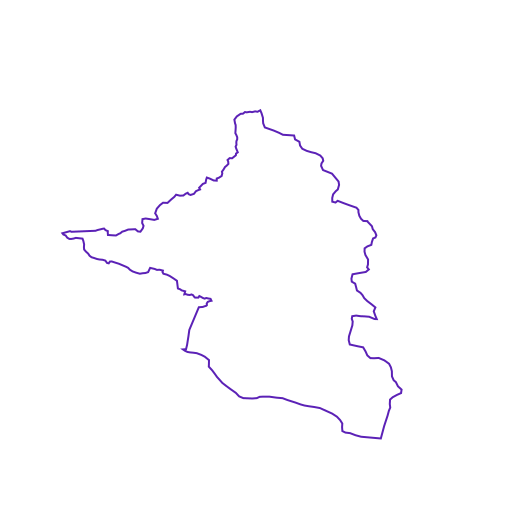 outline of Kemaman, Terengganu, Malaysia, rotated 113°
{"feature_id": "92858781B85628090125570", "entity_name": "Kemaman", "entity_type": "district", "adm_level": 2, "iso_a3": "MYS", "parent_name": "Malaysia", "parent_adm1": "Terengganu", "projection": "natural_earth1", "projection_center": [103.21, 4.239], "detail": "fine", "context": "isolated", "style": "outline", "palette": "violet", "viewbox_px": 512, "rotation_deg": 113, "n_neighbors": 0, "source": "geoboundaries", "source_scale": "gbopen_adm2", "svg_char_len": 4249}
<svg xmlns="http://www.w3.org/2000/svg" viewBox="0 0 512 512"><g transform="rotate(113 256 256)"><path d="M180.4,167.1L181.8,170.9L180.7,173.9L178.6,176.6L175.7,178.8L173.6,179.7L172.3,182.4L172.8,190.0L173.1,195.8L173.3,202.4L175.7,203.7L176.2,207.0L172.8,208.5L169.1,209.1L165.2,207.9L162.8,206.7L158.1,207.3L155.2,209.1L150.5,218.2L150.7,227.9L147.6,231.3L145.2,231.9L142.1,231.3L140.0,232.8L138.4,236.1L138.1,241.3L138.9,245.9L139.4,250.4L139.2,255.3L137.1,258.6L133.9,260.7L133.4,265.6L130.2,268.0L132.1,273.5L133.9,278.6L133.6,282.9L133.6,288.7L134.2,298.1L131.1,301.2L128.8,302.4L126.1,303.6L122.4,306.7L120.2,309.0L122.6,310.9L123.2,313.3L125.1,315.8L125.6,317.9L127.4,320.7L127.8,322.4L130.1,323.6L131.1,325.7L135.0,328.2L136.6,328.6L138.9,329.2L142.1,327.1L143.4,325.9L145.6,324.9L148.1,324.0L151.0,323.0L152.3,321.4L154.0,319.7L155.9,318.9L157.9,318.9L159.6,318.3L161.3,317.4L163.3,317.5L164.6,316.4L166.0,315.0L167.7,313.3L169.5,314.4L171.2,313.9L175.4,316.2L176.2,318.5L178.8,319.7L179.9,318.5L182.0,317.4L184.3,318.3L186.2,319.3L189.2,319.7L191.7,320.3L193.1,319.3L195.8,318.9L198.4,320.7L200.0,322.4L202.0,321.6L203.0,324.5L202.8,328.8L203.0,331.9L205.3,331.7L208.4,331.0L210.4,333.1L215.4,335.0L216.6,333.5L217.8,334.8L219.8,336.6L223.0,337.4L225.4,340.1L225.4,342.2L224.5,343.6L226.2,345.1L228.7,346.5L230.2,349.6L230.8,353.5L233.5,354.3L237.0,356.1L241.7,358.2L243.3,362.4L246.7,364.3L251.2,365.8L256.1,365.5L258.0,362.8L260.1,360.9L262.5,363.7L263.5,367.9L264.6,372.2L266.4,374.9L270.1,373.7L272.2,371.3L274.8,371.0L278.8,371.9L279.5,374.3L278.5,377.6L281.6,384.0L284.1,386.5L285.9,388.7L288.1,389.8L289.3,391.0L291.8,392.9L292.7,395.3L294.5,400.5L292.2,401.7L291.0,402.1L291.0,404.6L290.1,406.6L290.8,407.7L292.3,409.7L294.0,412.0L295.5,413.6L305.8,435.3L305.8,436.9L310.7,443.1L311.5,441.7L311.5,439.2L312.9,436.9L313.2,434.5L312.4,432.6L311.2,430.7L309.7,428.9L307.8,422.5L309.5,420.9L312.4,418.8L315.2,417.8L317.2,416.7L318.4,414.3L319.4,411.4L320.8,409.3L321.4,406.9L321.1,404.2L320.9,401.3L320.4,398.8L319.4,395.7L319.1,392.9L320.6,390.4L320.3,388.7L318.2,388.3L317.4,386.7L317.1,383.2L316.7,379.2L316.7,376.6L316.7,371.2L316.9,369.0L317.9,366.7L318.4,363.6L318.2,359.9L317.7,356.0L316.1,353.5L314.9,351.2L313.0,349.0L308.3,348.8L307.5,344.2L307.5,341.8L306.3,339.3L305.8,336.0L307.3,335.8L308.5,334.3L308.0,330.8L308.1,327.7L308.8,323.6L309.7,319.1L316.4,315.2L316.3,312.7L316.7,311.0L316.2,307.4L319.3,307.0L318.5,305.8L318.4,303.8L317.8,301.8L316.6,300.3L316.7,298.5L317.6,297.2L318.1,295.9L316.8,292.8L315.0,292.5L315.1,290.8L315.4,288.5L315.3,286.6L314.1,285.4L313.7,283.1L313.2,281.1L314.6,279.5L315.7,281.1L317.1,282.5L319.0,282.8L320.4,282.0L321.2,282.3L322.4,283.7L323.7,285.1L325.5,288.6L350.1,288.5L356.0,286.9L364.8,284.7L369.1,284.0L370.5,286.7L371.0,284.4L371.1,281.6L370.5,279.0L369.6,276.2L368.6,272.6L368.4,267.7L368.7,263.8L370.2,258.6L373.9,257.1L376.3,256.2L378.4,251.6L380.5,248.0L382.6,244.6L384.4,240.7L386.0,237.4L387.3,232.5L388.4,227.9L389.9,221.0L391.8,216.7L391.8,212.2L388.6,203.7L386.5,199.7L384.2,197.6L382.6,194.3L380.2,188.5L378.4,181.8L376.5,176.0L376.3,170.9L375.5,162.4L375.2,156.9L374.7,153.0L373.6,148.4L372.3,143.6L371.0,137.8L371.3,124.4L372.3,118.7L374.2,114.4L376.5,111.1L379.9,109.9L383.4,108.1L383.6,104.7L382.3,100.2L382.1,94.4L381.3,88.6L375.2,69.8L362.3,71.6L351.6,72.5L346.6,73.2L343.1,73.2L340.0,75.0L335.8,76.5L332.6,75.0L328.7,71.9L325.5,68.9L322.1,69.8L320.5,74.4L317.4,78.0L316.6,80.7L313.7,83.8L309.0,85.9L305.8,88.3L303.2,91.4L301.9,97.1L301.9,103.2L304.0,107.4L305.3,110.8L304.0,114.7L301.1,117.8L298.2,121.7L299.3,126.9L300.3,132.3L300.8,135.1L297.2,137.8L293.7,139.0L288.0,139.6L282.2,140.2L278.5,141.4L276.4,143.3L273.8,143.9L271.7,140.5L270.6,136.3L269.3,132.9L267.7,128.1L267.7,122.3L266.9,120.2L264.3,122.9L260.9,126.0L256.7,126.0L255.4,130.5L254.0,136.0L252.5,139.9L250.4,142.7L249.1,145.4L248.3,149.6L245.4,151.8L242.7,153.9L242.2,157.8L239.6,159.3L235.1,160.0L231.7,154.8L227.8,148.7L224.3,146.9L223.0,149.3L220.1,149.6L215.4,151.5L212.3,155.7L209.6,157.8L206.5,159.0L203.6,157.2L200.7,154.2L197.8,154.8L194.1,155.1L192.3,153.3L189.9,153.3L187.5,155.7L185.7,159.0L183.3,160.9L180.7,166.9L180.4,167.1Z" fill="none" stroke="#5b21b6" stroke-width="2"/></g></svg>